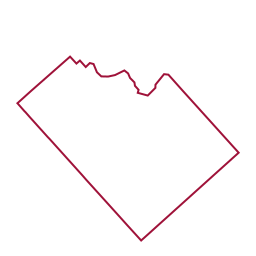 the district of Kay, Oklahoma, United States of America, rotated 228°
{"feature_id": "52423323B83070703413565", "entity_name": "Kay", "entity_type": "district", "adm_level": 2, "iso_a3": "USA", "parent_name": "United States of America", "parent_adm1": "Oklahoma", "projection": "mercator", "projection_center": [-97.024, 36.796], "detail": "fine", "context": "isolated", "style": "outline", "palette": "rose", "viewbox_px": 256, "rotation_deg": 228, "n_neighbors": 0, "source": "geoboundaries", "source_scale": "gbopen_adm2", "svg_char_len": 768}
<svg xmlns="http://www.w3.org/2000/svg" viewBox="0 0 256 256"><g transform="rotate(228 128 128)"><path d="M35.6,193.7L35.8,193.7L119.4,193.6L140.6,193.7L143.9,190.8L141.8,177.4L139.5,175.2L138.9,164.4L147.6,158.8L149.3,161.4L154.7,161.4L157.6,163.3L163.8,163.0L168.5,164.6L173.2,163.8L176.0,153.8L179.5,147.7L184.2,142.7L190.2,142.2L198.6,145.2L201.8,143.1L201.6,137.4L210.3,137.4L210.4,132.8L219.8,132.7L220.4,81.1L220.4,62.4L209.5,62.3L208.7,62.4L201.5,62.3L189.9,62.3L187.6,62.3L180.9,62.3L180.6,62.3L177.0,62.3L175.8,62.3L174.9,62.3L172.5,62.4L164.0,62.4L161.9,62.4L147.7,62.4L145.2,62.4L129.4,62.4L128.5,62.4L124.3,62.4L123.7,62.4L117.2,62.3L77.5,62.4L58.9,62.4L55.7,62.4L35.6,62.5L35.6,137.5L35.6,193.7Z" fill="none" stroke="#9f1239" stroke-width="2"/></g></svg>